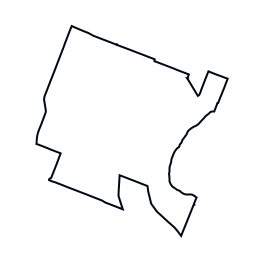 Claremont, Western Australia, Australia (Mercator projection), rotated 291°
{"feature_id": "25037944B95117000304737", "entity_name": "Claremont", "entity_type": "district", "adm_level": 2, "iso_a3": "AUS", "parent_name": "Australia", "parent_adm1": "Western Australia", "projection": "mercator", "projection_center": [115.779, -31.981], "detail": "fine", "context": "isolated", "style": "outline", "palette": "ink", "viewbox_px": 256, "rotation_deg": 291, "n_neighbors": 0, "source": "geoboundaries", "source_scale": "gbopen_adm2", "svg_char_len": 3808}
<svg xmlns="http://www.w3.org/2000/svg" viewBox="0 0 256 256"><g transform="rotate(291 128 128)"><path d="M174.3,202.6L182.6,202.6L183.3,202.5L183.6,203.2L184.3,203.2L189.2,203.2L190.6,203.2L191.3,203.3L191.9,203.3L199.8,203.4L200.4,203.4L201.1,203.4L209.7,203.4L209.7,199.2L209.6,190.9L209.6,189.2L209.7,182.8L201.1,182.7L200.4,182.7L192.0,182.7L191.2,182.7L187.2,182.8L185.8,182.8L184.1,182.5L183.0,181.7L194.4,167.1L195.2,165.9L195.2,166.0L195.3,166.1L195.5,166.2L195.9,166.2L196.0,166.2L196.3,166.1L196.5,165.9L196.6,165.6L199.8,165.6L199.8,163.7L199.8,151.8L199.9,151.0L199.9,150.5L199.9,137.3L199.9,136.4L199.9,132.4L199.9,132.0L199.9,128.7L201.7,128.3L201.7,123.7L201.7,123.1L201.7,110.7L201.7,106.9L201.7,103.9L201.7,102.5L201.7,98.8L201.6,88.3L201.9,88.2L202.0,88.1L202.2,87.9L202.2,87.7L202.2,87.4L202.0,87.2L201.9,87.1L201.6,87.0L201.7,82.8L201.7,82.3L201.7,76.1L201.7,73.8L201.7,73.4L201.7,62.6L202.4,57.6L202.5,56.7L202.5,52.7L202.7,45.8L203.0,38.9L198.2,38.8L188.6,38.8L184.0,38.8L181.1,38.9L178.9,38.9L170.1,38.9L162.8,38.9L152.9,38.9L151.1,38.9L143.1,38.8L130.9,38.8L129.3,38.7L127.7,38.8L125.9,39.0L124.4,39.5L123.0,40.3L119.2,42.5L115.8,44.5L114.3,45.3L112.6,45.6L111.1,45.6L110.6,45.6L102.3,45.7L100.3,45.7L95.3,45.6L94.2,45.6L90.3,45.7L87.1,46.3L86.2,46.5L84.8,46.9L81.2,48.0L80.3,48.2L80.4,53.4L80.3,60.9L80.2,63.8L80.2,74.2L72.4,74.3L69.1,74.3L56.4,74.2L54.8,74.2L54.0,74.2L53.6,74.0L53.5,73.8L53.3,73.6L53.1,73.4L52.8,73.1L52.3,72.9L51.9,72.8L51.6,72.7L51.4,72.8L51.1,72.9L51.0,73.1L51.0,73.9L51.0,75.2L51.0,77.1L51.1,78.2L51.1,78.6L51.2,79.0L51.2,80.4L51.2,84.8L51.1,93.3L51.1,97.6L51.1,100.0L51.1,113.7L51.0,121.5L51.0,124.2L51.0,129.6L50.3,133.4L50.3,146.4L50.2,152.3L54.9,148.5L59.9,144.5L61.2,143.5L64.3,142.4L66.7,141.6L74.0,139.3L80.9,137.1L80.9,150.9L80.8,164.8L80.8,167.0L76.0,169.6L67.8,175.3L66.7,176.0L65.7,176.7L63.9,179.4L62.2,182.0L60.1,185.3L58.5,189.7L57.3,192.6L55.4,197.5L55.0,198.4L52.0,206.5L50.8,208.9L49.8,210.7L48.3,213.1L46.3,216.3L49.6,216.3L59.4,216.5L79.2,216.8L79.8,217.3L79.9,216.8L81.6,216.8L82.8,216.8L87.7,216.9L87.9,216.1L88.0,215.8L88.5,213.9L88.5,213.6L88.6,213.3L88.6,212.9L88.7,212.3L88.7,212.0L88.7,211.7L88.7,211.3L88.4,210.3L87.8,208.7L87.7,208.5L87.5,208.1L87.1,207.1L86.6,205.3L86.6,204.8L86.5,204.1L86.5,203.6L86.6,203.2L86.6,202.9L86.8,201.8L86.8,201.6L86.9,201.3L87.0,201.0L87.1,200.5L87.3,200.1L87.4,199.8L87.6,199.5L87.7,199.1L87.9,198.5L87.9,198.2L87.8,197.0L87.8,196.6L87.8,196.2L88.7,192.9L88.8,192.5L88.8,192.2L88.9,191.9L89.0,191.2L89.1,190.9L89.5,189.9L89.7,189.6L90.0,189.3L90.7,188.2L91.0,187.8L91.4,187.4L91.6,187.2L93.2,185.8L93.6,185.6L94.9,185.2L95.4,185.0L95.9,184.7L96.3,184.6L96.6,184.4L98.0,183.7L99.1,183.2L99.4,183.0L99.7,182.8L100.0,182.7L100.3,182.7L100.7,182.6L101.0,182.5L101.7,182.4L102.4,182.3L104.4,181.5L106.6,180.8L107.9,180.7L108.2,180.7L108.8,180.7L109.1,180.6L109.5,180.7L109.8,180.6L110.2,180.6L110.5,180.6L110.8,180.6L112.6,180.2L113.0,180.1L113.3,180.0L115.6,179.7L116.0,179.7L116.6,179.8L117.1,179.8L118.0,179.9L118.3,179.8L119.1,179.8L119.5,179.9L119.9,179.8L120.8,179.8L121.8,180.0L122.3,180.0L122.9,180.0L124.6,180.5L124.9,180.6L125.3,180.7L126.5,181.1L126.7,181.3L127.3,181.6L127.5,181.7L127.8,181.9L128.3,182.3L128.9,182.5L129.3,182.5L129.6,182.5L130.2,182.4L130.5,182.3L130.9,182.3L131.2,182.3L131.5,182.4L131.8,182.5L132.9,183.0L133.2,183.1L133.5,183.1L133.9,183.1L135.9,183.1L137.0,183.3L138.7,183.8L140.5,184.3L140.9,184.4L141.0,184.4L141.3,184.5L141.5,184.6L141.8,184.6L142.4,184.8L142.7,184.9L146.4,185.1L147.8,185.7L149.9,186.8L151.1,187.7L152.3,188.6L153.0,189.1L153.9,190.2L154.0,190.3L155.5,191.5L157.0,192.4L161.4,194.1L164.3,195.3L167.1,196.3L170.7,198.5L172.3,199.1L172.8,199.5L173.8,201.2L173.9,201.4L174.2,202.2L174.3,202.6Z" fill="none" stroke="#020617" stroke-width="2"/></g></svg>